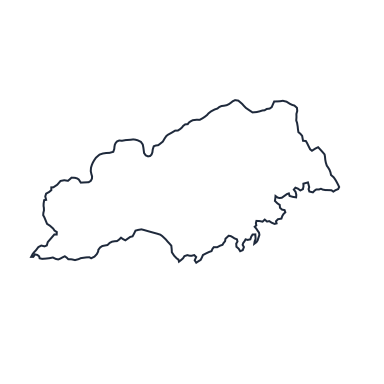 Rio Real, Bahia, Brazil, rotated 111°
{"feature_id": "56859067B99431528151864", "entity_name": "Rio Real", "entity_type": "district", "adm_level": 2, "iso_a3": "BRA", "parent_name": "Brazil", "parent_adm1": "Bahia", "projection": "mercator", "projection_center": [-37.904, -11.54], "detail": "fine", "context": "isolated", "style": "outline", "palette": "slate", "viewbox_px": 384, "rotation_deg": 111, "n_neighbors": 0, "source": "geoboundaries", "source_scale": "gbopen_adm2", "svg_char_len": 4402}
<svg xmlns="http://www.w3.org/2000/svg" viewBox="0 0 384 384"><g transform="rotate(111 192 192)"><path d="M240.2,152.6L237.7,152.5L235.7,151.9L234.5,148.7L231.9,146.4L230.4,144.6L228.5,144.3L226.1,143.5L223.6,144.0L221.6,143.0L219.7,142.1L219.3,140.0L219.6,137.9L220.1,135.6L220.1,133.1L221.9,131.8L224.4,132.2L227.2,130.9L228.2,128.1L230.0,125.8L228.1,123.8L224.8,123.8L223.2,125.8L221.2,125.9L219.1,125.3L217.0,125.0L216.8,122.9L215.3,120.6L212.5,120.7L210.0,120.2L208.9,117.7L211.1,116.7L213.0,115.8L215.6,115.8L218.0,115.3L215.8,113.9L213.7,113.4L210.6,113.6L207.9,113.7L205.9,114.9L204.6,116.9L203.2,118.8L202.0,121.0L200.1,120.0L198.2,121.2L195.9,121.5L194.9,118.4L194.4,115.5L191.7,114.2L192.7,111.4L191.5,109.4L192.1,106.7L192.2,103.5L191.0,101.8L189.2,103.1L186.6,102.0L184.8,99.0L182.0,99.1L179.8,98.7L177.5,97.6L175.7,99.1L176.2,101.6L175.2,104.2L172.6,105.5L172.0,108.2L170.6,111.4L168.2,111.9L165.8,112.6L166.5,110.1L166.3,108.2L165.2,106.1L162.0,104.0L159.9,102.6L158.6,101.1L160.7,99.5L160.4,96.1L159.7,92.9L157.3,93.6L154.7,95.4L153.3,97.8L150.9,97.0L150.9,94.4L151.7,91.4L149.6,89.5L146.9,89.9L144.3,91.0L143.0,89.2L141.5,87.2L143.7,85.6L145.5,84.3L147.5,84.2L149.5,82.6L149.0,79.0L146.7,78.0L145.1,76.9L144.1,74.3L142.8,72.8L142.9,70.8L142.4,68.2L141.2,64.9L140.4,62.4L141.0,60.2L138.9,58.7L136.9,56.6L134.6,56.4L132.6,58.5L130.5,60.9L129.0,62.8L127.5,65.0L126.3,68.3L124.0,69.8L122.0,71.6L120.3,73.8L119.1,75.6L116.6,77.6L114.2,79.1L111.4,80.5L109.4,81.7L108.4,83.5L107.0,86.2L105.0,90.3L107.1,92.3L110.5,94.8L109.8,97.0L108.0,99.0L106.7,100.4L105.0,102.2L103.6,104.0L104.4,106.7L100.1,109.3L98.8,111.7L98.0,114.1L95.4,115.6L93.2,116.7L91.5,117.7L89.8,118.7L87.9,120.3L84.7,121.3L81.7,122.5L78.6,122.8L75.8,124.2L74.6,127.4L74.8,129.6L74.6,132.2L73.8,136.1L74.3,139.9L75.6,142.1L76.9,144.9L78.0,147.7L81.8,147.9L84.2,148.0L86.3,149.4L87.7,152.0L89.7,153.5L90.6,155.4L92.5,157.8L94.2,160.3L96.0,164.0L95.2,167.6L94.2,171.8L93.0,174.4L91.8,176.7L91.0,178.9L90.1,181.5L90.8,184.7L92.7,186.5L94.9,187.8L96.7,189.0L98.5,190.7L99.9,192.9L101.2,195.3L102.9,197.0L105.0,198.2L106.8,200.4L109.9,203.1L112.7,204.8L114.7,205.5L117.2,207.0L119.3,208.5L121.8,210.6L122.9,213.6L124.7,217.0L126.5,218.6L128.3,219.8L130.2,220.3L131.3,222.6L133.4,223.9L135.4,224.5L137.3,225.5L139.7,227.2L140.7,229.7L144.0,232.3L147.2,235.0L148.9,236.0L151.7,236.7L155.4,237.3L158.3,239.0L160.4,240.3L161.6,242.5L163.0,244.1L166.3,243.9L169.2,243.2L171.6,243.2L173.4,244.0L174.5,245.8L174.4,248.3L172.8,250.7L168.0,253.3L165.3,255.0L163.5,257.7L163.2,261.3L163.5,263.9L164.0,265.8L165.1,267.8L166.1,269.9L167.3,272.5L169.3,275.8L170.0,278.4L171.6,280.1L173.5,280.8L175.4,281.0L177.6,280.6L179.7,280.0L182.7,279.9L185.0,283.0L186.4,286.2L188.0,289.0L190.2,291.7L192.0,292.7L194.5,294.0L197.5,294.7L200.1,295.1L202.6,295.2L205.5,295.0L208.8,294.0L211.4,292.3L213.2,290.9L215.4,290.2L217.9,290.5L219.9,292.0L223.1,299.2L220.9,302.2L220.5,304.1L220.7,306.4L221.8,309.6L223.6,310.5L226.0,311.8L226.8,315.5L228.8,318.7L233.5,320.4L237.3,323.1L238.1,325.0L240.7,324.0L243.2,325.4L245.8,327.6L248.7,327.4L251.6,325.4L252.6,327.1L255.9,326.4L258.2,325.6L259.9,324.6L262.3,323.6L264.7,323.3L267.0,322.6L268.6,320.7L273.7,315.9L274.4,312.5L275.9,308.5L277.3,306.5L277.8,303.9L280.2,303.1L281.0,305.3L290.5,308.7L293.9,308.4L295.6,310.2L296.0,313.5L298.5,315.7L302.3,316.8L304.7,317.8L306.9,318.5L310.2,318.9L309.4,316.9L306.5,316.2L306.2,313.8L306.9,311.6L308.5,310.5L308.1,307.9L306.6,304.7L304.9,301.4L303.0,298.4L303.3,295.2L302.9,292.7L301.3,291.0L299.5,289.5L297.6,287.7L298.2,285.4L299.1,283.4L298.0,280.3L297.5,276.8L295.3,273.8L293.6,272.1L292.6,270.3L290.9,267.2L289.7,264.4L290.0,262.4L287.3,259.9L284.1,258.6L281.3,258.3L279.5,258.7L276.7,257.9L274.6,256.4L273.2,254.2L271.8,251.9L269.0,250.6L267.0,248.8L265.6,246.4L264.7,244.4L262.7,243.1L260.1,241.9L260.7,239.6L261.0,236.9L258.5,235.2L256.1,233.6L254.7,231.6L251.8,231.2L248.3,230.9L246.7,228.7L245.0,225.8L244.7,223.3L244.2,217.6L243.4,209.6L243.2,206.3L243.8,204.0L244.7,201.8L245.7,199.4L247.1,196.9L248.1,194.8L249.5,192.1L252.6,190.5L255.5,189.2L257.9,185.8L259.5,182.4L259.9,180.5L261.7,179.2L259.4,177.8L257.1,176.6L254.6,176.1L252.6,173.7L252.4,171.6L251.8,169.7L250.1,167.3L251.2,164.8L254.8,165.0L256.5,162.7L254.5,161.3L252.3,159.6L249.7,159.3L246.9,159.2L244.2,156.8L241.8,154.5L240.2,152.6Z" fill="none" stroke="#1e293b" stroke-width="2"/></g></svg>